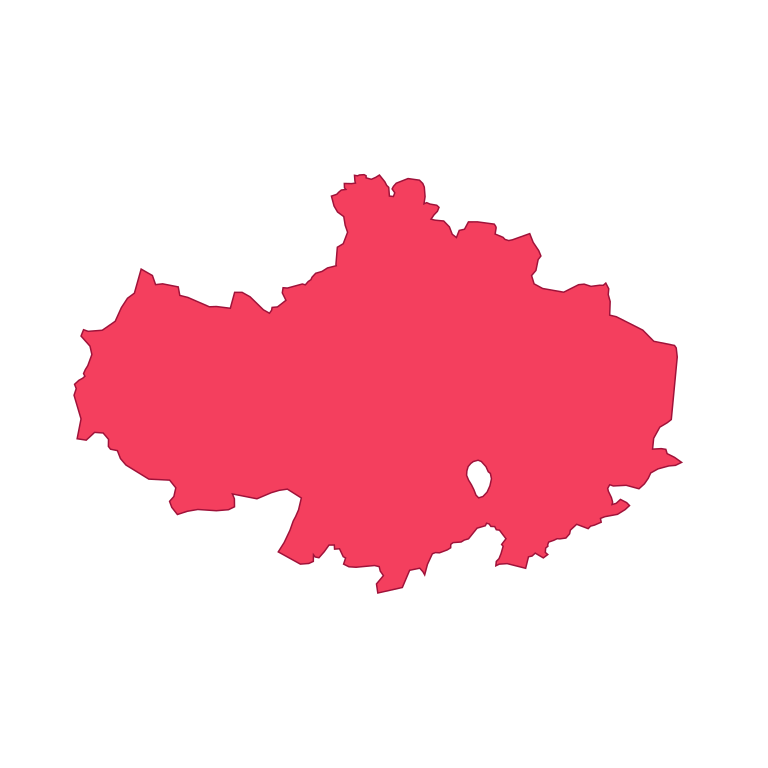 Aqmola, Albers equal-area conic projection, rotated 10°
{"feature_id": "KAZ-3202", "entity_name": "Aqmola", "entity_type": "Region", "adm_level": 1, "iso_a3": "KAZ", "parent_name": "Kazakhstan", "parent_adm1": "", "projection": "albers", "projection_center": [70.159, 51.837], "detail": "fine", "context": "isolated", "style": "filled", "palette": "rose", "viewbox_px": 768, "rotation_deg": 10, "n_neighbors": 0, "source": "natural_earth", "source_scale": "10m", "svg_char_len": 3861}
<svg xmlns="http://www.w3.org/2000/svg" viewBox="0 0 768 768"><g transform="rotate(10 384 384)"><path d="M83.5,383.5L97.2,380.0L108.4,368.9L112.1,354.4L116.5,344.1L122.4,337.9L124.9,313.0L137.1,317.4L141.8,325.8L148.6,323.8L164.5,324.1L167.5,332.2L175.8,332.8L198.6,338.3L205.5,336.8L219.5,336.1L221.0,319.7L228.4,318.4L237.0,321.4L252.4,331.9L258.9,334.2L260.5,330.9L260.5,328.0L265.7,326.6L272.9,318.6L268.0,311.9L267.9,306.7L272.2,306.3L286.2,299.7L289.3,300.0L291.6,296.2L293.9,294.0L294.6,291.3L297.5,286.8L303.4,283.9L308.2,279.5L316.5,275.8L315.9,274.6L314.3,257.4L319.5,252.9L321.8,240.9L318.2,234.4L315.3,226.1L308.4,222.7L303.9,217.4L299.6,208.1L304.5,205.4L306.1,203.0L308.3,200.4L312.7,199.0L311.0,197.6L310.1,193.4L317.3,192.3L321.0,191.1L320.1,189.1L318.7,183.6L321.7,183.6L323.6,182.4L328.0,181.3L330.2,182.0L330.6,184.1L336.0,184.6L340.0,181.9L343.2,179.0L349.7,184.7L352.2,188.0L354.5,189.5L356.7,198.0L360.7,197.7L361.4,193.8L358.1,190.5L359.0,187.7L361.2,184.1L372.0,177.5L383.5,177.1L387.4,179.8L389.5,183.1L391.9,192.3L392.1,199.6L394.5,198.0L398.0,198.8L404.9,198.8L407.5,200.5L406.6,204.7L403.9,208.7L401.7,213.5L405.7,213.8L414.5,213.1L421.1,217.9L425.2,224.7L429.9,227.2L431.4,219.7L436.4,217.6L439.0,209.7L447.9,208.1L464.8,207.4L466.7,209.4L467.3,210.7L467.4,217.0L475.8,218.9L478.0,220.6L481.9,221.1L485.4,219.7L501.4,210.6L506.3,218.6L513.3,225.9L516.3,230.7L514.2,234.7L513.9,245.8L510.5,251.6L514.4,259.3L523.7,262.4L545.0,262.4L558.4,252.4L563.8,250.9L570.9,251.9L579.2,249.3L582.8,248.7L584.9,246.1L588.8,251.2L589.3,257.0L592.4,263.5L594.3,277.0L601.1,277.4L629.5,286.0L642.3,295.1L663.4,295.6L665.5,297.7L668.1,306.5L673.1,369.1L669.7,372.9L663.1,378.6L659.0,390.6L659.8,401.5L668.2,399.5L672.9,399.4L674.9,403.4L682.9,405.8L690.7,409.5L685.2,413.5L678.8,415.2L668.6,420.0L662.1,425.3L660.6,431.0L657.8,437.1L653.3,442.9L640.1,441.7L627.5,444.6L623.8,444.0L622.4,447.9L623.6,450.7L627.7,456.4L629.7,460.7L629.5,463.1L633.4,461.2L636.9,456.6L643.6,458.7L646.9,461.1L643.3,465.8L636.6,471.8L624.6,476.3L620.5,478.8L621.9,482.4L615.8,486.4L612.1,488.1L610.2,491.0L598.1,488.7L592.9,495.6L592.8,499.3L589.9,504.1L584.0,506.0L581.3,506.3L578.4,508.4L573.6,511.1L573.1,513.9L573.6,515.3L571.7,517.5L572.1,521.8L574.9,523.5L571.1,527.6L562.3,524.3L559.7,527.7L556.3,529.1L555.5,540.9L536.5,539.5L528.8,541.4L525.7,543.6L525.4,539.2L527.6,536.0L528.7,530.7L529.5,523.1L527.7,521.6L531.0,515.2L523.1,507.9L519.9,508.0L517.8,505.2L514.0,505.7L511.9,503.6L509.2,503.3L508.4,506.0L500.7,509.8L494.1,521.8L490.2,523.7L487.4,526.2L479.6,528.2L477.6,530.3L478.1,533.7L475.1,536.4L468.0,540.6L463.9,541.1L461.1,542.8L458.1,554.1L457.2,564.9L454.9,562.1L451.2,559.2L441.6,563.0L437.4,581.2L414.2,590.9L411.3,582.2L416.7,572.8L412.8,568.9L411.0,564.7L406.2,564.4L388.3,569.3L381.2,570.1L375.5,568.4L376.4,562.0L373.8,561.1L368.8,554.0L364.0,555.2L363.0,551.2L357.8,552.2L354.3,559.5L350.1,566.4L346.3,566.3L344.2,564.4L345.2,571.0L341.1,573.8L332.9,575.9L309.0,567.7L313.2,557.5L316.8,544.4L318.4,534.7L320.0,529.8L321.7,522.8L322.4,510.6L307.1,504.3L299.3,506.9L291.9,510.6L278.8,519.1L253.8,518.6L256.6,523.0L258.1,530.9L252.7,534.8L240.9,537.9L222.4,539.9L212.4,543.5L203.2,548.4L196.4,542.3L193.2,536.8L196.6,531.3L197.0,522.4L189.6,515.9L168.9,518.5L143.9,508.6L137.4,503.2L133.0,495.9L126.0,495.7L123.4,493.3L122.3,486.3L115.9,481.0L107.4,481.9L100.5,491.0L91.3,491.2L91.7,471.0L80.7,448.9L81.7,442.0L79.3,438.0L82.9,433.3L86.2,430.7L88.1,428.3L86.3,425.9L87.4,421.6L89.1,417.4L91.2,405.7L87.9,397.8L77.3,389.4L78.7,382.7L83.5,383.5ZM497.0,479.7L501.0,477.6L504.3,472.6L506.0,465.9L506.3,458.7L504.3,453.6L501.9,452.3L498.8,447.7L493.3,443.4L489.9,442.7L485.5,444.8L483.3,447.1L481.2,450.7L480.7,455.2L481.2,459.6L484.0,464.0L487.7,468.2L490.8,472.4L493.9,477.5L497.0,479.7Z" fill="#f43f5e" stroke="#9f1239" stroke-width="1.5"/></g></svg>